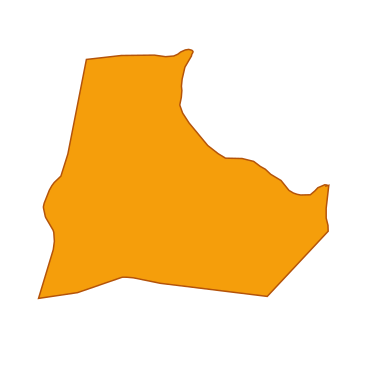 Al Isma`iliyah, orthographic projection, rotated 103°
{"feature_id": "EGY-1531", "entity_name": "Al Isma`iliyah", "entity_type": "Governorate", "adm_level": 1, "iso_a3": "EGY", "parent_name": "Egypt", "parent_adm1": "", "projection": "orthographic", "projection_center": [32.173, 30.661], "detail": "fine", "context": "isolated", "style": "filled", "palette": "amber", "viewbox_px": 384, "rotation_deg": 103, "n_neighbors": 0, "source": "natural_earth", "source_scale": "10m", "svg_char_len": 1008}
<svg xmlns="http://www.w3.org/2000/svg" viewBox="0 0 384 384"><g transform="rotate(103 192 192)"><path d="M154.9,62.4L155.9,62.6L154.7,60.2L154.8,60.2L177.7,57.6L187.2,55.4L193.9,52.0L199.6,50.5L276.8,95.2L288.1,202.4L288.8,229.9L289.7,236.3L290.6,240.4L291.2,241.6L315.8,280.9L330.2,317.6L279.4,314.2L271.0,315.0L262.4,317.6L260.4,318.8L249.8,328.8L248.7,329.5L240.8,333.2L239.5,333.5L236.1,333.5L222.3,331.4L217.5,330.0L213.8,328.4L206.0,323.3L182.9,321.5L86.6,324.7L74.9,291.6L67.1,259.5L66.1,248.2L63.6,240.4L61.0,236.9L58.0,234.4L55.1,230.5L53.8,227.3L53.9,224.1L54.5,223.0L55.2,222.5L56.4,222.7L58.1,223.2L58.6,223.2L59.5,223.1L71.7,226.9L72.6,227.0L84.2,227.0L91.3,226.1L95.4,224.7L102.2,223.7L110.0,223.5L117.2,218.9L125.4,210.4L143.2,187.1L148.8,175.1L151.5,167.0L148.1,150.7L148.3,138.8L151.7,131.2L153.3,125.7L157.0,119.4L160.8,107.8L168.6,97.9L170.2,93.0L170.6,89.2L170.5,85.5L168.1,76.1L163.4,72.6L159.5,70.3L155.1,64.3L154.9,62.4Z" fill="#f59e0b" stroke="#b45309" stroke-width="1.5"/></g></svg>